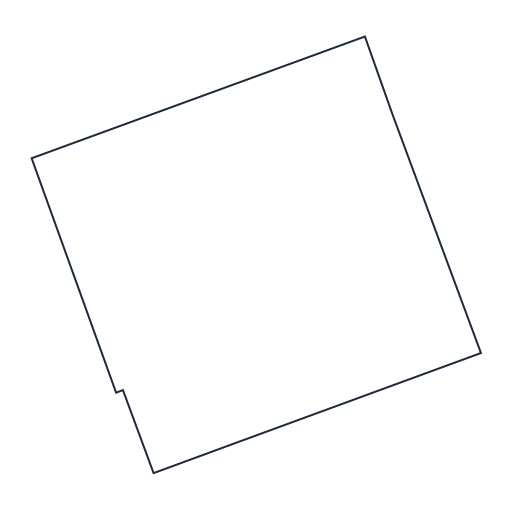 the district of Poweshiek, Iowa, United States of America, rotated 340°
{"feature_id": "52423323B384503351074", "entity_name": "Poweshiek", "entity_type": "district", "adm_level": 2, "iso_a3": "USA", "parent_name": "United States of America", "parent_adm1": "Iowa", "projection": "natural_earth1", "projection_center": [-92.541, 41.686], "detail": "fine", "context": "isolated", "style": "outline", "palette": "slate", "viewbox_px": 512, "rotation_deg": 340, "n_neighbors": 0, "source": "geoboundaries", "source_scale": "gbopen_adm2", "svg_char_len": 280}
<svg xmlns="http://www.w3.org/2000/svg" viewBox="0 0 512 512"><g transform="rotate(340 256 256)"><path d="M347.2,424.3L434.2,424.1L432.7,169.7L433.4,87.0L78.6,87.4L77.8,336.6L85.1,336.5L85.5,425.0L172.3,424.7L347.2,424.3Z" fill="none" stroke="#1e293b" stroke-width="2"/></g></svg>